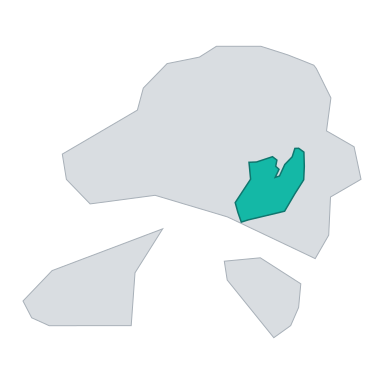 Sha Tin highlighted on a map of Hong Kong S.A.R.
{"feature_id": "HKG-5163", "entity_name": "Sha Tin", "entity_type": "state/province", "adm_level": 1, "iso_a3": "HKG", "parent_name": "Hong Kong S.A.R.", "parent_adm1": "", "projection": "robinson", "projection_center": [114.207, 22.389], "detail": "fine", "context": "in_parent", "style": "filled", "palette": "teal", "viewbox_px": 384, "rotation_deg": 0, "n_neighbors": 0, "source": "natural_earth", "source_scale": "10m", "svg_char_len": 934}
<svg xmlns="http://www.w3.org/2000/svg" viewBox="0 0 384 384"><path d="M143.3,88.1L145.2,86.1L167.1,63.6L199.4,57.1L216.4,46.3L260.9,46.3L288.1,55.0L313.8,65.2L316.3,68.5L330.9,97.9L326.5,130.9L354.1,146.8L361.0,179.3L330.5,197.0L328.7,235.2L315.2,258.6L227.4,216.9L155.1,195.3L90.1,203.9L66.4,179.4L62.3,154.1L137.4,110.1L143.3,88.1ZM131.2,325.6L49.2,325.7L31.7,317.8L23.0,301.0L52.1,270.6L162.7,228.8L135.0,272.8L131.2,325.6ZM290.7,325.6L273.8,337.7L227.2,280.0L224.3,261.2L260.3,257.8L300.8,283.8L298.6,307.5L290.7,325.6Z" fill="#d9dde1" stroke="#a8b0b8" stroke-width="1"/><path d="M272.5,156.7L276.9,160.1L275.7,166.3L279.0,169.3L275.2,177.4L279.5,176.0L284.8,164.5L292.2,156.8L294.9,148.4L298.7,148.3L303.9,152.1L304.3,166.3L303.7,179.8L294.7,194.0L284.6,211.2L259.1,217.3L248.5,219.8L241.3,222.1L237.9,212.4L235.2,202.6L250.6,179.2L249.0,162.3L256.5,162.0L272.5,156.7Z" fill="#14b8a6" stroke="#0f766e" stroke-width="1.5"/></svg>